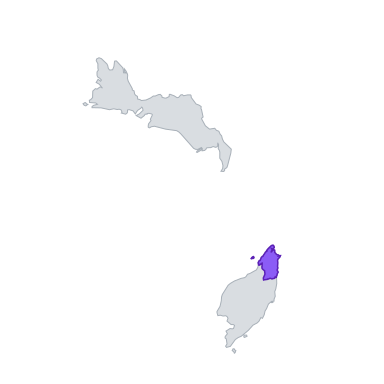 location of Johor within Malaysia, rotated 242°
{"feature_id": "MYS-1143", "entity_name": "Johor", "entity_type": "State", "adm_level": 1, "iso_a3": "MYS", "parent_name": "Malaysia", "parent_adm1": "", "projection": "orthographic", "projection_center": [103.469, 2.081], "detail": "fine", "context": "in_parent", "style": "filled", "palette": "violet", "viewbox_px": 384, "rotation_deg": 242, "n_neighbors": 0, "source": "natural_earth", "source_scale": "10m", "svg_char_len": 6525}
<svg xmlns="http://www.w3.org/2000/svg" viewBox="0 0 384 384"><g transform="rotate(242 192 192)"><path d="M327.5,190.5L325.4,190.1L322.6,188.3L319.7,187.7L311.4,187.8L310.1,187.2L308.5,188.3L305.6,187.4L303.9,187.6L302.1,188.7L299.5,187.7L298.2,189.3L296.5,190.3L294.8,194.6L294.5,199.7L294.9,202.9L294.0,204.6L293.7,208.2L293.1,209.8L290.8,210.5L289.7,210.0L287.6,212.2L287.1,213.1L287.0,216.6L288.7,217.7L288.7,218.4L285.3,221.4L282.3,223.1L281.8,224.6L283.0,227.6L282.5,229.1L280.9,229.8L279.8,233.7L278.4,236.3L277.8,236.5L275.8,235.7L267.8,236.9L265.4,239.0L263.2,240.2L261.3,239.0L260.4,239.1L253.0,237.0L252.6,235.1L251.9,234.8L244.2,234.9L239.3,237.0L237.6,242.0L235.0,242.5L233.1,244.2L229.8,244.0L227.7,244.5L224.4,243.7L221.3,243.6L211.4,246.8L208.2,244.6L198.6,235.8L197.2,234.2L196.9,231.5L195.8,231.0L195.4,230.3L195.3,229.5L196.7,227.3L198.3,230.1L200.7,231.7L204.9,232.8L208.8,232.4L214.2,235.3L216.0,235.7L217.9,235.5L221.3,237.7L223.4,237.8L220.6,236.3L220.1,235.1L220.4,233.8L222.2,232.0L222.4,229.3L223.8,226.6L224.0,225.3L223.1,224.3L222.8,222.6L223.6,220.3L225.4,221.5L226.9,221.2L226.9,217.0L228.1,215.1L229.9,213.9L248.3,209.5L251.3,208.5L253.4,207.2L259.9,198.2L267.7,189.7L268.7,186.7L268.6,184.6L269.1,184.1L269.9,183.8L271.7,184.9L272.6,185.7L274.3,189.3L275.8,189.4L278.4,192.9L279.0,193.3L279.8,193.1L281.7,190.9L282.3,189.2L281.8,189.0L282.7,187.1L281.9,185.9L281.1,181.6L285.7,178.6L285.7,182.1L287.1,187.1L289.4,187.8L290.6,187.5L289.9,186.0L289.7,183.0L289.0,181.0L287.5,178.6L291.4,178.0L294.2,175.2L294.7,173.6L292.8,172.6L292.0,171.3L291.9,169.9L294.9,166.7L295.2,167.6L297.1,167.9L298.1,167.8L299.3,166.5L300.0,164.6L302.2,162.0L303.4,157.8L309.0,151.2L313.4,143.3L314.4,143.9L314.7,146.0L313.8,149.7L315.8,148.8L319.1,143.6L321.2,144.4L321.1,145.9L322.0,148.5L327.7,151.8L328.6,155.2L327.4,156.5L327.9,159.7L327.5,160.8L325.7,161.7L330.8,160.7L333.7,158.8L335.6,162.0L332.7,163.3L333.4,164.6L336.1,163.8L337.8,162.7L339.5,162.9L342.1,164.2L342.9,164.9L343.5,166.5L345.4,167.0L349.4,169.1L352.9,169.1L354.2,170.1L354.2,172.9L352.3,174.6L345.0,177.0L343.0,176.9L340.3,176.1L338.3,176.6L337.2,179.3L339.5,182.0L343.4,184.7L343.9,185.4L343.2,186.8L334.5,189.1L332.6,188.9L329.4,187.5L327.5,190.5ZM37.7,153.4L38.6,149.5L40.1,149.3L41.4,151.6L46.2,153.3L47.6,152.7L48.3,153.1L48.9,153.6L50.2,156.7L53.2,156.7L53.6,161.5L52.2,163.4L52.0,164.6L54.2,166.9L55.5,166.3L56.6,164.3L61.6,162.3L63.6,164.5L65.5,164.5L66.9,163.7L67.9,161.2L69.9,159.2L70.7,156.8L73.6,157.4L74.7,157.9L77.9,163.1L82.2,166.8L85.4,168.8L87.3,170.7L92.7,180.1L93.3,183.1L93.5,187.8L92.7,194.8L91.7,198.2L91.9,199.9L93.3,202.4L92.9,204.8L93.0,212.3L94.7,214.9L99.3,218.2L106.1,232.6L107.3,236.7L106.7,238.2L105.4,238.6L104.4,237.8L103.7,235.9L102.1,234.3L102.3,237.1L99.4,236.7L97.3,237.2L94.9,239.2L93.7,239.2L91.7,235.6L83.9,231.4L81.1,230.4L78.1,227.2L71.3,223.8L67.0,220.4L65.2,218.3L60.8,216.5L59.0,214.3L57.1,213.1L58.1,211.0L57.2,206.9L54.1,203.2L52.6,200.6L49.7,198.1L47.4,194.9L48.8,193.9L46.5,190.5L45.8,188.1L45.8,183.4L43.4,176.8L41.5,167.7L41.8,164.5L41.4,161.0L37.7,153.4ZM319.2,140.3L318.3,141.2L317.9,138.7L319.2,137.5L321.1,137.2L321.2,139.4L320.8,140.0L319.2,140.3ZM33.1,153.0L34.3,154.7L33.4,155.8L32.7,155.5L31.4,156.3L29.9,154.6L29.8,153.7L31.5,153.9L33.1,153.0ZM226.0,220.6L225.5,220.9L224.7,220.3L224.5,215.2L225.1,214.7L225.8,215.7L226.0,220.6ZM41.2,170.7L40.0,173.1L38.7,172.8L39.0,170.0L39.7,169.7L41.2,170.7ZM332.5,190.1L330.2,190.5L328.7,190.5L328.9,189.1L329.6,188.9L332.5,190.1ZM106.2,215.7L104.9,215.7L104.6,215.1L105.5,213.3L106.2,215.7ZM57.5,211.3L56.6,211.6L56.7,210.6L57.4,210.0L57.5,211.3Z" fill="#d9dde1" stroke="#a8b0b8" stroke-width="1"/><path d="M96.4,216.7L96.6,216.8L96.9,216.8L97.2,216.8L97.3,216.9L97.5,217.1L97.9,217.2L98.3,217.0L98.5,217.1L98.5,217.3L98.5,217.5L99.1,217.9L99.3,218.2L99.8,219.1L99.6,219.5L99.6,219.9L99.7,220.2L101.0,221.7L101.1,221.9L101.5,222.1L101.7,222.4L101.7,222.8L101.8,223.1L102.1,223.5L102.1,223.9L102.0,224.2L101.9,224.4L102.1,224.7L102.8,225.7L103.3,226.8L103.6,227.2L103.8,227.6L103.9,227.8L104.2,228.2L104.3,228.4L104.5,228.7L104.5,229.1L104.5,229.8L104.5,230.1L104.7,230.5L105.0,230.7L105.3,230.5L105.7,231.3L105.9,232.1L106.2,232.5L106.3,232.8L106.3,233.4L106.4,233.6L106.6,233.8L106.7,234.0L106.8,234.4L106.9,235.1L107.2,236.1L107.4,236.8L107.4,237.3L107.2,237.6L107.2,238.3L107.1,238.6L106.5,238.6L106.4,238.6L106.2,238.9L105.4,238.9L105.1,238.8L104.4,238.6L104.2,238.4L104.2,238.0L104.1,237.7L103.9,237.5L103.7,237.4L103.5,237.2L103.5,236.6L103.9,236.3L104.5,236.1L104.9,235.6L104.6,235.5L104.3,235.6L104.0,235.8L103.5,236.2L103.4,236.2L103.2,235.8L102.7,234.7L102.3,234.1L101.9,233.9L101.8,234.1L102.0,234.5L102.6,235.5L102.6,235.8L102.5,236.2L102.6,236.5L102.7,237.0L102.0,237.7L101.2,237.5L99.8,236.7L99.3,236.8L98.7,237.1L98.3,237.2L97.6,237.2L97.4,237.2L97.1,237.3L96.2,238.4L95.7,238.8L95.1,238.7L94.9,238.3L94.8,238.6L94.9,238.9L94.9,239.0L94.6,239.6L94.3,240.2L94.1,239.9L93.5,239.4L93.3,239.1L93.2,238.7L92.6,236.9L92.3,236.2L91.8,235.7L91.1,235.3L89.1,234.5L86.3,232.7L85.6,232.4L85.2,232.3L84.8,232.3L84.6,232.2L84.4,232.0L84.1,231.6L83.8,231.2L83.4,230.8L82.9,230.5L82.4,230.3L82.1,230.4L81.3,230.5L81.0,230.5L80.6,230.3L80.4,230.0L80.1,229.3L79.8,228.9L78.4,227.8L78.2,227.6L78.1,227.4L78.3,227.4L78.2,227.2L77.7,226.8L77.1,226.4L77.4,225.9L77.5,225.8L77.8,225.9L77.9,225.7L77.9,225.3L77.9,225.2L77.6,225.0L77.5,224.9L77.2,224.8L77.1,224.7L77.0,224.4L77.3,224.1L77.3,223.9L77.3,223.7L77.3,223.4L77.6,222.5L77.7,222.4L77.6,222.1L77.7,221.8L78.1,221.4L78.6,221.1L78.9,220.9L79.0,220.4L79.3,220.0L79.3,219.9L79.3,219.7L79.2,219.5L79.2,219.4L79.3,219.2L79.3,218.9L79.3,218.7L79.3,218.4L79.4,218.1L79.5,218.0L79.6,217.8L79.7,217.7L79.5,217.4L79.7,216.9L80.6,214.4L80.7,213.9L81.4,214.1L82.3,214.5L82.6,214.6L84.9,217.5L85.5,218.0L88.2,219.0L88.3,219.1L90.8,218.1L91.6,218.0L91.8,218.0L92.0,218.1L93.2,218.6L93.4,218.8L93.5,219.0L95.9,220.4L96.1,220.5L96.1,220.4L96.1,220.2L96.3,220.0L96.3,219.9L96.4,219.7L96.3,219.4L96.2,219.4L96.1,219.2L95.9,219.2L95.8,218.9L96.0,218.7L95.9,218.4L96.0,218.2L96.1,217.9L96.1,217.7L95.9,217.6L95.7,217.4L95.8,217.2L96.2,217.1L96.4,216.8L96.4,216.7ZM106.2,214.8L106.2,215.6L106.2,215.8L105.7,216.0L105.3,216.1L105.1,216.0L104.8,215.6L104.6,215.4L104.6,215.2L104.6,214.9L104.7,214.7L104.9,214.6L105.0,214.5L105.1,214.2L105.1,213.7L105.0,213.4L105.2,213.1L105.3,213.0L105.5,213.0L105.6,213.4L105.7,213.5L105.9,213.8L106.0,214.0L106.2,214.8Z" fill="#8b5cf6" stroke="#5b21b6" stroke-width="1.5"/></g></svg>